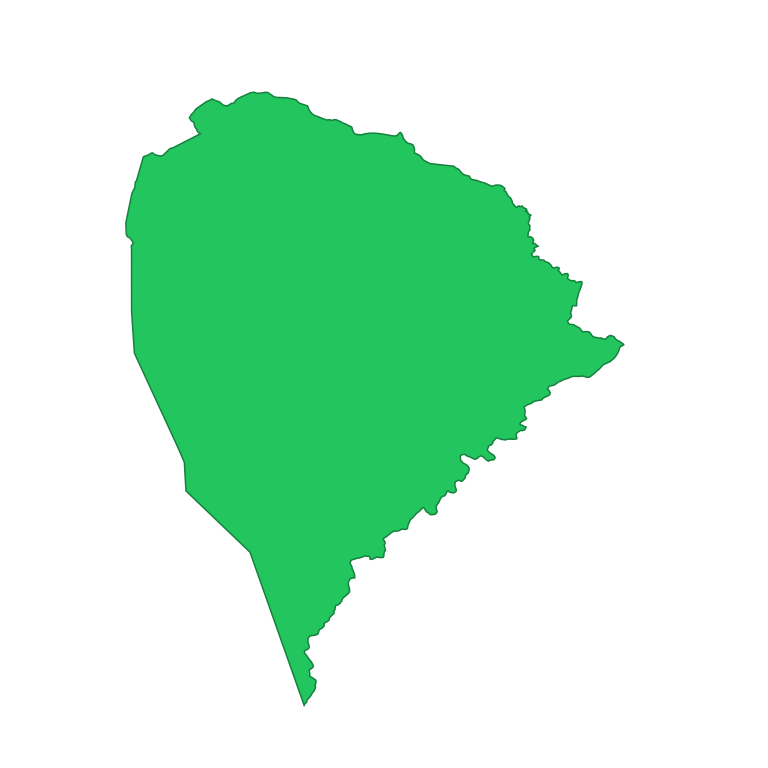 outline of Samlout, Batdâmbâng, Cambodia, rotated 262°
{"feature_id": "14789045B92123585900172", "entity_name": "Samlout", "entity_type": "district", "adm_level": 2, "iso_a3": "KHM", "parent_name": "Cambodia", "parent_adm1": "Batdâmbâng", "projection": "natural_earth1", "projection_center": [102.824, 12.565], "detail": "fine", "context": "isolated", "style": "filled", "palette": "green", "viewbox_px": 768, "rotation_deg": 262, "n_neighbors": 0, "source": "geoboundaries", "source_scale": "gbopen_adm2", "svg_char_len": 6159}
<svg xmlns="http://www.w3.org/2000/svg" viewBox="0 0 768 768"><g transform="rotate(262 384 384)"><path d="M305.7,173.0L236.1,227.9L76.9,260.2L78.4,261.3L79.5,262.9L81.9,264.0L84.8,267.6L87.4,269.5L89.8,272.0L91.8,273.4L93.3,274.0L95.9,274.0L97.0,274.7L98.9,275.4L100.3,275.2L105.2,269.7L107.3,270.2L111.2,270.1L112.8,273.4L114.0,274.7L115.4,274.6L118.8,273.5L122.7,271.1L126.2,269.4L128.2,268.0L129.3,267.9L130.3,268.1L131.1,268.8L132.1,272.0L133.3,273.1L134.5,273.4L139.5,272.8L142.9,273.5L144.8,275.6L144.9,281.4L145.2,282.7L146.0,284.1L149.6,285.6L151.1,289.3L152.3,290.2L152.6,290.9L155.7,291.7L156.5,294.5L157.3,296.1L157.7,296.6L159.5,297.2L160.7,298.2L164.0,302.7L166.4,302.9L167.2,304.0L170.9,305.0L171.5,306.1L171.5,306.9L171.9,308.2L172.9,309.9L175.0,312.0L176.5,312.6L177.9,313.9L181.5,319.5L183.0,321.0L185.4,321.3L190.8,320.8L193.6,321.6L195.3,323.0L196.0,324.1L196.3,325.3L196.1,328.0L196.7,327.7L197.6,328.3L200.2,328.2L205.6,326.8L207.7,326.8L211.2,325.5L212.6,325.9L214.2,327.3L215.1,332.7L215.1,335.3L216.3,341.3L215.6,344.8L214.7,345.9L212.4,345.9L212.1,347.3L212.1,348.1L213.5,352.5L213.5,353.3L212.5,356.7L212.4,358.4L212.6,359.3L214.2,360.1L216.2,360.3L217.7,361.0L219.1,362.4L224.2,361.8L226.7,363.1L228.5,362.6L230.4,361.6L231.5,362.6L232.3,364.9L235.7,370.4L237.0,373.5L236.6,375.9L236.6,378.5L237.9,381.5L237.1,384.5L237.1,386.3L238.1,387.3L240.6,388.0L245.9,391.2L248.1,394.4L251.4,398.2L252.7,400.7L256.1,405.3L255.8,406.3L251.7,408.1L249.8,410.4L248.2,411.6L247.8,415.3L248.0,416.6L248.9,417.9L250.0,418.8L250.8,418.9L253.3,418.3L255.7,418.6L259.3,421.9L262.7,424.0L263.8,425.2L264.5,426.1L265.0,428.9L268.8,431.6L269.2,432.8L267.7,434.0L266.7,436.6L266.5,438.0L267.4,440.2L268.9,440.9L273.2,440.0L277.1,440.8L277.6,441.7L278.2,444.1L278.0,445.3L277.0,446.8L276.9,447.8L278.8,450.4L280.4,451.6L282.5,452.3L284.3,455.1L286.8,456.2L288.9,456.6L290.7,455.9L292.4,454.5L294.9,451.2L297.9,449.3L301.8,449.5L302.4,449.8L303.2,451.9L303.1,454.2L301.2,456.1L299.6,459.4L296.9,463.0L296.9,464.8L297.7,466.6L298.9,468.1L299.4,470.2L298.1,472.0L294.5,474.9L293.1,476.6L293.8,479.0L293.7,482.1L294.4,483.0L295.8,483.9L298.5,482.5L300.6,479.7L303.1,477.6L304.2,477.2L305.0,477.3L306.7,478.5L308.2,478.9L308.5,480.8L309.1,482.2L309.8,483.1L312.2,484.2L312.8,485.2L314.8,487.3L314.8,488.4L312.7,492.9L311.7,496.5L312.2,499.6L311.3,503.8L311.1,506.6L311.4,507.9L311.9,508.1L315.3,507.5L317.4,509.2L318.9,512.7L319.0,513.8L318.5,514.6L319.0,516.9L319.6,517.5L321.6,518.8L322.6,516.4L323.8,515.5L324.6,513.2L325.8,513.1L327.3,514.4L329.6,520.3L330.8,520.2L332.1,519.0L333.1,518.9L338.4,520.1L341.4,519.5L342.2,520.3L343.5,523.3L344.4,527.5L345.7,529.6L346.0,531.1L346.3,538.1L347.9,539.5L349.7,545.4L350.5,546.7L352.2,547.4L354.7,546.6L355.5,545.5L356.2,545.2L358.6,547.1L359.0,548.3L359.1,552.0L360.2,554.4L362.0,557.4L362.1,559.3L363.4,562.7L364.2,567.9L365.0,570.2L365.2,571.9L365.1,573.9L364.4,577.5L364.3,581.4L363.5,583.8L362.5,585.4L362.2,586.6L362.3,588.7L365.4,594.1L367.5,596.8L368.6,599.0L372.4,603.5L374.8,611.2L377.5,615.5L379.5,617.6L383.3,620.6L387.8,622.8L389.4,626.9L390.0,626.7L393.2,623.5L395.2,620.6L396.3,619.6L398.8,618.4L400.4,615.6L400.6,614.6L399.4,611.5L398.9,611.3L397.6,609.6L397.6,608.7L399.6,604.8L399.5,603.3L401.5,598.1L403.3,596.4L405.8,595.5L406.9,594.5L407.6,592.8L408.0,587.9L412.0,585.6L412.9,584.6L414.9,581.7L416.4,580.1L417.3,576.2L418.5,575.0L421.0,574.5L423.7,578.3L425.0,579.1L429.2,578.8L430.5,579.7L434.1,581.0L435.3,581.8L435.2,582.8L434.8,583.8L434.7,585.6L440.7,586.6L442.6,587.7L447.0,589.4L453.6,593.1L456.9,594.3L457.8,593.9L458.1,593.0L457.8,588.4L459.7,587.1L460.2,585.0L460.1,584.1L460.9,582.7L462.4,580.8L463.7,580.7L465.5,581.1L465.9,581.6L467.1,581.5L467.8,580.9L468.0,580.1L468.0,578.5L467.2,575.6L467.6,575.1L470.8,573.5L472.2,572.3L472.9,572.6L473.6,573.6L474.3,573.6L475.2,572.8L475.7,571.5L475.2,568.3L476.1,566.9L478.4,565.9L481.0,564.1L483.0,560.4L484.4,559.6L485.3,555.7L485.8,554.9L488.3,554.9L489.0,554.3L489.2,552.6L489.1,550.2L489.6,549.3L491.9,548.1L493.8,550.0L495.2,552.2L496.9,551.4L498.2,552.6L499.0,555.7L502.1,552.9L502.6,550.8L505.7,552.3L507.7,551.5L509.2,550.0L509.6,547.4L510.3,547.1L514.9,548.2L515.8,549.7L516.3,550.0L517.7,549.8L520.6,550.6L521.7,549.6L522.7,549.3L524.7,549.8L526.0,551.0L527.6,551.1L528.0,551.7L529.7,551.2L530.4,552.8L531.1,552.7L532.6,550.2L534.0,550.4L534.7,549.9L535.2,548.2L536.5,549.7L537.2,549.5L538.2,548.4L539.2,546.6L541.1,545.5L540.5,543.3L541.5,542.7L541.6,542.0L540.5,540.0L541.0,539.1L545.0,536.4L546.8,536.4L550.2,535.5L553.0,533.1L557.7,531.4L558.8,529.9L560.8,531.0L563.9,528.1L564.8,526.2L565.3,523.6L565.4,522.2L564.8,518.7L565.0,517.9L569.0,511.8L570.6,508.0L572.9,503.8L574.1,499.7L574.7,498.8L578.0,497.2L579.6,493.3L580.6,491.7L583.6,489.4L585.9,488.2L588.4,484.7L589.9,483.6L595.8,460.4L598.1,457.1L599.8,454.8L601.2,453.6L603.5,452.6L605.3,451.2L608.8,446.2L611.8,446.9L615.2,446.5L616.7,445.9L617.7,444.6L619.2,441.1L620.9,439.5L624.1,437.5L628.0,436.8L629.7,436.2L630.8,435.2L630.6,434.3L628.7,432.2L627.9,429.9L628.9,425.9L631.7,417.5L633.7,409.9L634.4,404.4L634.4,399.5L633.8,396.3L635.3,390.5L636.2,389.6L638.5,388.5L642.9,387.8L646.9,382.0L648.5,379.1L650.0,377.3L652.6,373.0L652.4,368.5L652.6,367.8L653.2,367.4L653.5,363.6L659.8,352.4L661.1,350.8L664.2,348.7L666.9,347.6L669.5,347.3L670.2,346.6L673.9,339.2L677.8,336.2L678.9,333.7L681.1,326.7L682.7,317.9L683.6,315.2L688.2,310.3L688.7,309.6L689.4,307.1L689.2,301.8L689.5,298.9L691.1,295.8L690.9,291.9L687.4,280.0L685.7,276.9L683.1,274.4L683.1,271.9L681.2,267.6L682.3,263.8L686.3,260.3L688.6,255.7L690.3,253.5L689.4,251.6L688.3,247.3L682.4,235.9L679.4,233.1L677.7,230.7L674.6,228.3L671.6,229.7L669.9,231.8L668.8,232.3L667.6,232.1L664.9,232.6L662.4,233.8L660.4,234.3L658.8,235.3L657.4,237.1L647.3,208.0L646.9,204.8L641.2,197.0L640.8,195.4L641.5,192.4L642.9,189.3L645.3,186.6L643.7,182.6L642.6,177.7L642.0,177.1L620.0,167.3L618.4,165.8L613.5,164.7L607.6,160.8L579.6,150.8L568.4,149.6L565.6,150.4L563.9,152.9L558.5,155.5L555.9,152.9L552.1,152.7L491.4,144.2L449.4,141.1L348.7,171.4L334.3,175.4L305.7,173.0Z" fill="#22c55e" stroke="#15803d" stroke-width="1.5"/></g></svg>